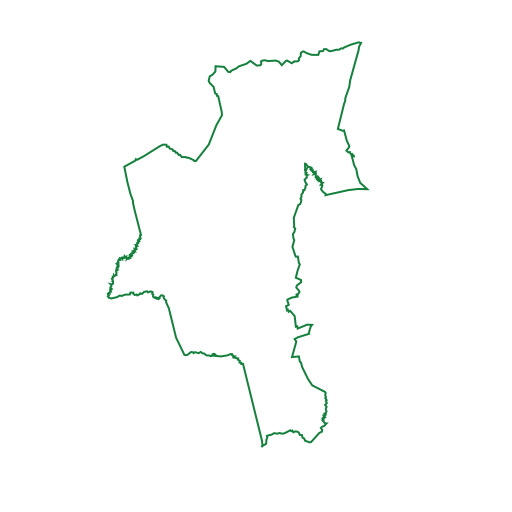 the district of Morogoro, Morogoro, United Republic of Tanzania, rotated 166°
{"feature_id": "72390352B24110633153516", "entity_name": "Morogoro", "entity_type": "district", "adm_level": 2, "iso_a3": "TZA", "parent_name": "United Republic of Tanzania", "parent_adm1": "Morogoro", "projection": "orthographic", "projection_center": [37.947, -7.052], "detail": "fine", "context": "isolated", "style": "outline", "palette": "green", "viewbox_px": 512, "rotation_deg": 166, "n_neighbors": 0, "source": "geoboundaries", "source_scale": "gbopen_adm2", "svg_char_len": 6110}
<svg xmlns="http://www.w3.org/2000/svg" viewBox="0 0 512 512"><g transform="rotate(166 256 256)"><path d="M249.3,449.9L250.8,444.8L254.4,442.4L257.4,441.5L259.5,437.6L259.1,435.1L256.2,430.3L256.3,423.7L254.8,422.5L255.2,420.9L254.0,420.2L254.4,404.0L255.0,400.8L262.8,392.5L274.9,375.5L291.3,362.7L293.1,363.3L293.4,364.2L297.7,367.7L299.1,367.9L300.2,369.0L304.1,369.9L305.2,372.6L306.6,372.8L307.5,375.3L308.9,375.7L309.1,377.2L310.9,378.0L311.1,379.6L313.7,381.1L314.2,383.3L316.1,383.6L316.0,385.6L319.0,386.5L322.2,386.0L340.9,379.9L348.2,378.1L349.1,379.0L350.1,377.7L362.2,374.5L362.9,358.6L362.8,346.5L362.0,338.8L362.5,337.7L362.7,329.5L362.5,304.3L363.3,304.3L363.7,303.4L363.7,301.2L364.9,301.2L364.6,300.2L366.3,300.0L365.9,298.9L366.8,299.1L366.7,297.9L367.8,297.7L367.4,296.8L369.3,296.1L368.9,295.0L369.6,295.2L369.1,294.5L370.1,294.6L370.1,293.3L371.4,292.6L370.3,291.6L371.2,291.2L372.2,292.1L372.3,290.9L372.9,290.7L372.5,289.7L373.6,290.1L373.2,289.4L374.0,288.4L375.0,289.5L375.8,288.3L376.6,288.4L376.3,287.3L377.3,287.4L376.7,286.6L378.0,286.6L377.5,285.8L378.6,285.9L378.6,284.7L379.8,285.0L379.1,284.4L380.1,284.1L380.5,285.0L382.2,284.2L381.6,285.5L382.2,285.9L382.9,285.4L382.2,286.7L383.0,286.5L383.5,287.5L384.0,285.9L385.4,286.0L385.5,286.8L386.6,286.9L386.7,285.6L387.4,286.6L388.4,286.0L388.9,286.7L389.8,285.7L389.4,285.0L390.5,285.2L391.7,283.4L391.1,282.6L393.0,282.1L392.2,281.1L392.5,280.6L391.9,280.5L392.4,279.7L391.8,279.3L392.6,278.3L393.6,278.4L393.5,277.8L394.2,277.7L394.7,276.6L393.9,276.0L395.1,275.8L394.8,274.5L395.3,275.3L395.5,275.0L395.4,273.3L396.4,272.0L396.0,271.3L398.7,270.8L398.8,271.5L399.5,270.2L400.1,270.4L400.5,268.8L401.3,268.7L400.8,266.5L401.4,266.2L401.0,265.2L401.5,263.7L403.1,263.4L404.0,263.9L403.5,262.9L403.7,261.5L404.4,261.3L405.1,260.2L403.9,258.8L405.0,258.1L405.5,258.7L406.0,257.7L405.4,256.4L407.1,256.0L407.1,255.0L408.0,255.5L408.7,255.4L408.7,254.6L409.3,255.0L408.4,253.3L409.5,252.6L408.8,251.0L406.7,249.8L401.0,249.7L397.6,250.6L396.1,249.7L392.6,250.2L387.7,249.2L386.7,250.9L383.9,250.1L384.2,248.9L383.1,247.5L381.1,247.5L380.7,246.5L377.9,247.1L377.3,247.8L375.9,246.8L373.3,248.2L370.2,248.1L369.5,246.8L366.9,247.2L365.1,246.0L365.9,244.4L365.0,243.5L365.7,241.6L365.2,240.6L363.5,240.2L363.8,239.4L362.6,238.6L362.2,239.3L361.6,239.2L361.0,237.8L359.7,238.4L359.7,239.3L357.6,240.8L355.9,240.2L355.1,239.1L355.7,238.5L355.5,236.7L353.9,234.3L354.4,232.7L353.2,226.3L353.3,196.0L349.4,177.4L347.9,176.7L346.0,176.8L342.5,178.5L341.5,178.3L340.1,177.6L340.0,176.9L338.5,177.4L335.0,175.6L332.9,176.3L331.3,174.4L330.0,174.0L328.2,171.6L325.0,170.6L324.1,169.7L323.1,169.7L321.7,171.3L320.3,171.2L319.7,170.6L321.3,170.3L321.2,169.5L314.5,167.1L307.9,166.5L303.9,167.0L302.9,166.5L302.7,165.7L303.1,165.5L302.3,164.3L300.8,163.7L302.2,162.9L298.1,160.9L298.7,159.9L297.1,158.2L297.8,156.7L296.2,156.0L296.4,154.8L294.7,154.5L294.9,75.4L295.5,70.7L296.9,69.3L295.0,70.4L291.6,71.3L290.3,75.4L289.0,77.0L288.9,78.9L284.1,78.9L281.3,79.7L278.1,78.4L275.8,78.6L274.3,77.5L271.6,77.0L264.8,78.6L264.1,77.5L263.0,77.8L262.4,75.9L260.6,76.3L258.4,75.6L257.3,74.4L256.7,71.8L254.7,71.1L254.8,68.4L253.4,67.3L253.1,65.0L249.5,62.4L247.6,62.1L237.4,69.0L234.6,69.6L233.8,71.2L234.7,73.4L233.4,74.3L230.9,74.6L228.1,76.5L229.5,76.9L231.2,80.2L230.1,80.6L230.9,81.8L228.5,82.6L229.5,83.3L227.8,84.2L228.6,85.0L227.0,85.1L226.7,85.6L227.3,86.2L226.5,86.3L226.5,87.2L225.2,88.0L225.3,90.8L224.0,92.6L225.0,94.8L222.9,96.1L223.2,98.0L222.4,98.9L223.0,99.4L222.5,100.5L223.1,101.4L222.2,102.6L222.6,103.9L221.5,106.4L221.9,107.4L232.7,116.8L235.3,124.0L238.1,137.1L238.1,141.7L239.0,142.9L238.7,148.2L245.5,149.2L237.6,163.2L238.6,166.1L235.0,167.0L223.3,167.7L223.3,168.6L220.2,174.0L218.3,175.6L223.0,177.0L233.1,175.5L233.0,177.8L234.4,177.8L233.0,188.3L236.1,194.5L237.8,194.0L238.1,196.2L239.0,195.8L239.0,200.0L236.0,200.7L236.4,205.6L235.7,206.2L231.4,207.0L225.7,206.6L225.9,207.4L225.4,207.2L224.9,208.3L225.4,208.9L224.0,209.2L222.6,210.5L222.6,211.7L224.5,215.6L224.1,216.7L223.1,217.7L218.6,219.6L218.1,221.8L222.6,225.3L219.5,231.2L215.5,237.3L216.1,238.8L215.5,245.3L217.5,245.7L217.8,246.9L218.4,256.2L215.1,262.0L215.4,264.5L214.8,268.4L212.9,270.1L211.3,273.1L212.3,275.0L211.7,275.8L210.1,283.9L202.6,295.2L200.5,295.8L199.3,297.5L198.4,299.3L199.0,300.7L197.6,302.2L197.1,304.6L195.1,306.2L194.2,308.5L193.2,308.1L191.7,309.9L191.1,311.9L189.3,313.1L190.2,315.5L190.4,318.3L187.7,319.9L187.4,322.1L186.6,322.2L188.1,323.1L186.9,324.4L187.9,324.9L187.1,326.5L187.8,327.2L187.6,327.8L186.0,327.8L185.6,328.5L187.1,329.2L186.1,333.7L185.5,333.5L184.2,330.7L184.2,329.7L183.6,330.0L181.0,328.4L182.3,327.2L182.0,326.2L180.6,326.8L180.2,326.5L180.2,325.1L181.0,325.0L180.6,323.7L178.0,323.4L180.2,321.4L178.0,321.5L179.1,317.7L177.9,317.0L178.4,318.1L176.9,318.4L176.1,316.7L177.2,316.0L178.1,316.4L178.4,315.7L177.6,315.4L177.6,314.7L174.9,314.9L176.3,313.4L174.8,313.3L175.2,312.2L174.5,311.9L174.7,311.2L173.6,310.8L175.9,309.3L174.6,308.7L174.6,308.1L176.8,305.2L175.5,302.1L173.2,299.1L173.7,298.2L150.4,297.6L140.5,296.3L131.9,293.9L137.2,301.8L138.1,308.8L137.7,316.1L138.8,320.4L138.9,329.6L136.9,329.0L137.0,330.1L138.1,330.3L138.1,331.7L139.0,331.6L139.7,332.6L139.7,334.1L141.4,334.3L142.8,336.4L139.4,339.0L138.9,340.2L140.0,345.8L140.2,356.5L141.4,356.4L145.8,359.5L133.7,382.4L132.1,384.6L131.0,387.8L124.6,397.5L122.1,403.7L106.6,431.0L105.4,434.1L102.5,437.3L104.8,438.5L113.2,438.1L120.1,437.0L121.5,436.3L122.9,436.9L125.6,436.1L128.0,436.7L133.7,436.6L135.2,437.0L137.9,439.8L140.0,440.2L141.5,438.6L144.8,439.3L146.9,436.1L153.3,437.7L157.9,440.7L160.3,443.0L161.1,443.1L163.3,442.3L164.3,439.1L166.7,437.3L166.8,435.6L168.4,434.8L171.5,435.5L171.5,434.6L171.5,435.1L172.6,435.2L174.7,434.4L178.5,438.1L179.7,438.1L184.8,434.9L186.8,439.1L189.7,440.9L197.2,442.2L199.5,443.6L202.6,444.1L204.0,443.7L204.5,440.8L205.7,440.0L209.2,440.6L214.3,446.7L218.8,444.8L226.6,444.2L229.7,442.8L235.0,441.8L236.5,440.7L238.4,441.4L241.2,447.2L249.3,449.9Z" fill="none" stroke="#15803d" stroke-width="2"/></g></svg>